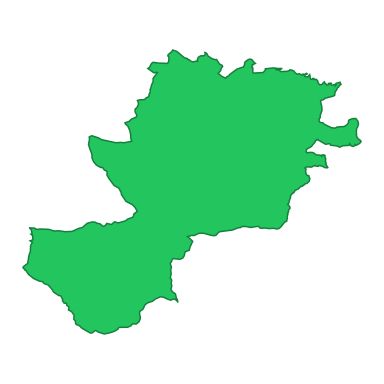 outline of Sacuieu, Cluj, Romania
{"feature_id": "2599482B66272084006020", "entity_name": "Sacuieu", "entity_type": "district", "adm_level": 2, "iso_a3": "ROU", "parent_name": "Romania", "parent_adm1": "Cluj", "projection": "robinson", "projection_center": [22.862, 46.778], "detail": "fine", "context": "isolated", "style": "filled", "palette": "green", "viewbox_px": 384, "rotation_deg": 0, "n_neighbors": 0, "source": "geoboundaries", "source_scale": "gbopen_adm2", "svg_char_len": 5868}
<svg xmlns="http://www.w3.org/2000/svg" viewBox="0 0 384 384"><path d="M325.5,161.6L325.7,158.5L325.0,157.2L325.0,155.4L324.5,155.2L324.3,155.9L323.5,154.8L321.3,155.2L321.6,156.1L319.6,155.1L316.1,154.9L314.0,153.1L311.9,152.4L309.0,152.4L307.3,152.9L306.3,152.2L306.5,149.3L311.2,146.7L315.0,142.1L315.6,140.6L317.0,140.0L317.2,139.4L325.7,144.3L329.1,143.7L330.1,144.0L330.6,145.2L337.2,146.0L339.6,147.2L343.1,145.7L349.1,145.4L349.7,143.7L351.1,145.8L352.4,146.4L353.6,146.2L355.5,145.4L355.2,144.6L356.7,145.1L359.2,143.7L360.7,142.3L361.0,141.2L360.2,140.2L358.2,138.9L356.4,136.0L356.6,134.0L356.3,132.5L356.6,128.6L357.7,126.8L358.5,123.8L357.8,121.0L355.8,118.5L352.5,118.6L349.0,120.0L348.6,120.6L348.4,122.9L347.0,124.7L344.3,126.5L337.1,127.0L335.3,128.1L331.7,127.8L324.3,124.3L323.1,122.9L320.1,122.4L319.0,120.9L319.3,118.6L320.4,117.4L320.1,115.6L322.0,110.6L321.8,106.8L320.5,101.1L321.7,100.0L323.2,99.8L325.3,98.2L333.0,96.2L334.6,95.4L335.2,91.5L336.3,90.5L337.6,87.7L338.5,87.1L339.7,85.3L341.0,84.5L340.0,82.2L336.0,83.4L335.8,83.9L336.0,85.0L335.7,85.3L335.9,84.6L335.0,85.0L334.5,84.5L332.5,85.2L331.0,84.8L330.9,83.8L331.3,83.3L330.9,83.2L328.5,83.4L328.8,84.6L326.7,85.1L325.9,83.8L325.1,83.7L324.5,81.9L323.4,82.6L322.4,84.2L320.0,84.9L318.3,83.3L317.6,80.8L316.4,79.4L314.0,79.5L314.0,78.6L312.8,78.5L312.7,79.0L310.8,79.4L310.0,77.5L310.1,76.3L309.7,74.7L307.7,76.9L304.9,76.6L304.2,75.4L307.2,73.9L306.4,73.3L303.9,74.8L303.0,74.0L302.1,75.1L299.2,73.7L298.0,74.2L296.8,73.9L295.4,73.0L293.7,70.9L291.1,69.9L289.7,69.9L288.9,70.8L287.1,71.3L281.4,71.6L280.6,71.5L279.0,69.8L276.6,69.9L275.6,68.9L278.9,69.0L280.0,69.5L282.3,68.5L277.7,68.5L273.5,67.9L265.3,68.8L265.4,70.0L263.2,72.5L253.5,73.1L252.8,72.3L252.9,68.0L252.0,67.6L252.0,66.2L252.5,65.7L252.2,65.0L255.4,63.4L253.7,62.0L251.9,59.6L250.2,59.1L248.5,59.4L245.4,61.6L244.7,62.8L244.4,65.0L243.5,66.9L236.9,69.1L229.6,74.6L228.8,75.8L226.6,76.9L226.0,77.8L225.0,77.9L221.7,76.3L218.2,73.3L220.6,70.7L221.3,68.1L222.6,66.7L222.3,65.5L219.5,64.0L216.6,59.5L215.0,59.6L212.1,58.7L208.1,56.1L207.0,53.9L205.5,52.6L204.9,52.5L205.3,53.6L205.1,54.6L204.2,55.7L200.6,55.9L198.3,57.2L197.4,59.4L197.5,61.3L195.7,61.2L193.1,62.0L190.9,61.2L189.2,59.8L187.8,59.5L187.5,58.6L185.0,58.0L183.7,57.2L176.8,51.4L172.7,50.0L171.8,51.6L168.1,54.7L167.9,55.9L168.9,57.3L168.9,59.4L168.5,62.0L167.5,63.4L158.6,63.1L153.1,62.3L151.9,63.1L150.9,64.5L149.6,67.3L147.8,68.5L153.7,72.7L154.8,72.9L156.4,72.2L157.4,72.7L153.1,78.4L153.1,81.6L151.6,84.8L150.7,88.5L150.0,89.5L150.3,90.2L150.1,92.3L149.1,94.2L148.9,96.1L148.3,97.0L146.6,97.5L144.4,99.6L139.3,99.9L137.4,100.5L138.3,102.2L138.4,104.4L137.1,107.3L135.2,109.1L135.0,110.4L135.3,112.4L136.8,115.0L136.9,115.9L135.8,117.3L131.5,119.1L128.9,121.5L125.0,122.8L125.4,124.0L127.8,126.0L129.9,130.8L130.7,135.1L130.7,137.9L131.7,141.3L123.5,142.8L121.8,142.4L115.7,142.7L101.4,139.6L98.5,137.9L92.5,135.9L91.5,135.8L89.2,137.0L89.5,139.2L88.5,144.4L89.7,148.5L91.9,154.1L92.0,158.0L93.6,161.7L96.4,165.1L100.7,167.5L102.6,167.5L104.3,170.0L106.0,170.7L107.0,171.6L107.2,172.6L106.9,174.9L109.0,178.6L114.1,185.5L118.8,188.1L121.2,192.6L121.4,194.5L126.0,201.4L132.3,204.6L134.9,207.2L137.3,211.4L134.0,213.8L133.3,216.4L132.4,217.5L127.8,219.0L125.6,220.8L118.7,222.8L116.9,222.6L114.9,221.8L113.8,222.4L111.5,224.5L106.8,223.4L105.5,225.2L103.9,226.4L102.7,226.1L100.2,223.9L97.1,223.2L94.6,222.0L91.9,222.0L87.2,223.3L82.4,227.5L78.7,228.4L72.2,231.4L65.2,231.7L59.1,230.8L54.2,231.0L48.5,229.3L39.7,229.0L37.5,229.4L35.9,229.1L34.6,228.1L29.7,227.9L29.7,228.4L30.6,228.7L31.0,229.5L31.6,231.3L32.1,233.9L30.9,234.2L32.7,235.7L32.9,239.9L30.1,240.8L32.3,242.4L30.6,245.6L30.3,252.4L29.8,252.8L28.9,255.7L27.7,263.4L23.4,266.6L23.0,267.8L24.1,268.7L24.8,270.0L25.6,270.1L28.6,274.5L33.6,278.5L39.5,281.2L42.5,281.6L44.0,283.5L48.2,285.0L52.1,289.5L53.6,292.1L58.7,295.5L60.4,295.7L61.3,296.7L62.7,299.6L62.5,300.7L64.2,303.2L65.1,303.0L66.6,303.7L66.7,305.3L68.7,306.7L68.9,307.2L68.5,310.1L70.6,311.0L72.1,312.3L74.1,315.4L73.8,319.1L75.4,321.2L75.6,323.7L77.1,325.0L78.1,325.0L80.2,326.4L81.5,327.9L85.6,330.4L90.1,332.9L91.3,333.1L92.6,332.7L95.1,330.6L95.9,330.5L98.3,332.1L104.3,334.0L110.3,332.7L114.6,331.2L118.0,329.1L118.5,327.9L119.4,327.4L127.8,327.2L130.9,325.8L132.4,323.9L136.3,324.0L138.8,322.0L139.9,319.8L140.4,317.6L139.5,313.7L139.8,311.4L143.0,309.1L145.0,304.8L147.7,302.8L152.4,301.3L155.6,298.9L160.4,296.8L163.5,297.2L167.2,299.0L170.8,300.2L173.1,299.2L174.9,299.2L177.1,301.0L178.0,302.4L177.3,299.5L176.4,298.1L175.4,293.9L172.4,291.7L171.0,289.6L171.8,285.8L171.2,283.4L171.7,280.6L171.3,279.1L170.4,278.5L170.3,277.9L171.2,273.7L170.7,270.5L171.4,266.8L170.2,263.7L170.9,262.3L171.5,261.9L172.0,259.7L173.1,258.6L179.9,259.3L182.6,258.2L184.2,255.9L185.0,252.2L186.3,251.3L189.3,250.3L189.9,247.4L192.7,241.3L187.5,236.4L190.1,236.0L191.3,235.4L194.3,235.5L198.3,233.5L201.6,233.2L203.9,233.3L211.4,235.4L214.7,235.7L216.2,235.1L218.5,232.4L219.8,231.7L232.6,230.0L238.2,227.8L240.4,227.6L242.2,226.5L246.1,226.5L250.6,227.5L257.9,226.3L258.7,226.5L260.0,228.0L261.1,228.3L265.3,228.0L268.8,228.6L273.2,228.3L277.1,229.0L278.9,228.5L280.9,226.9L284.6,222.2L286.7,221.2L286.8,219.9L287.4,218.5L287.2,216.4L287.9,214.4L287.6,213.2L288.5,212.3L288.4,211.3L288.9,209.7L290.1,208.1L289.6,206.4L287.7,204.3L288.8,203.3L289.5,200.1L290.5,197.6L290.5,196.0L291.1,195.0L292.7,193.1L293.6,193.0L295.2,190.4L298.5,188.8L300.4,186.7L302.6,186.1L302.8,185.4L304.1,185.0L304.7,184.1L307.1,183.3L309.4,181.0L309.8,178.3L309.0,177.1L309.1,176.0L307.0,175.2L306.3,174.2L305.5,171.2L306.1,169.2L305.0,168.0L306.5,166.9L311.5,167.1L314.8,165.5L315.8,166.1L318.2,166.3L319.4,165.5L322.2,166.2L325.0,167.7L327.5,167.8L327.8,167.6L327.6,167.2L325.8,164.1L326.2,163.3L325.5,161.6Z" fill="#22c55e" stroke="#15803d" stroke-width="1.5"/></svg>